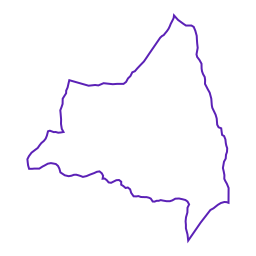 outline of Pitangueiras, São Paulo, Brazil
{"feature_id": "56859067B99989140869249", "entity_name": "Pitangueiras", "entity_type": "district", "adm_level": 2, "iso_a3": "BRA", "parent_name": "Brazil", "parent_adm1": "São Paulo", "projection": "equal_earth", "projection_center": [-48.264, -21.003], "detail": "fine", "context": "isolated", "style": "outline", "palette": "violet", "viewbox_px": 256, "rotation_deg": 0, "n_neighbors": 0, "source": "geoboundaries", "source_scale": "gbopen_adm2", "svg_char_len": 2333}
<svg xmlns="http://www.w3.org/2000/svg" viewBox="0 0 256 256"><path d="M27.4,159.2L27.7,162.2L28.1,165.4L29.1,168.8L32.1,168.8L34.2,168.6L39.3,168.6L42.6,166.5L44.4,165.6L47.8,163.7L50.9,163.1L53.2,163.5L55.8,164.0L58.0,165.9L59.4,168.7L60.4,172.4L64.8,175.3L68.7,176.2L71.5,175.7L73.9,174.8L76.1,174.7L78.4,175.3L80.6,176.0L82.9,176.9L86.5,176.1L90.0,174.6L94.1,173.1L96.9,171.8L99.5,171.4L101.8,173.3L103.1,175.8L102.6,178.7L104.6,178.5L106.8,180.2L108.6,182.4L111.1,182.8L113.9,181.4L116.3,180.2L119.0,180.0L121.2,181.7L121.2,184.7L123.3,186.0L125.6,188.0L127.8,187.5L130.1,189.3L131.2,192.9L133.6,196.3L136.3,196.4L138.4,196.1L141.0,197.0L144.0,197.1L146.5,197.1L148.9,197.7L150.8,198.6L152.7,201.5L154.6,201.6L156.6,200.8L158.7,200.8L160.7,200.1L163.1,200.6L166.6,201.2L169.9,201.2L172.3,200.4L175.3,198.7L179.0,198.5L182.3,199.2L185.4,200.0L187.5,201.5L189.1,204.4L187.5,207.7L187.4,212.5L186.0,217.3L185.6,221.4L185.9,224.8L185.9,228.3L187.5,234.4L188.2,240.6L200.7,222.5L210.4,210.0L213.5,208.3L215.5,206.7L217.9,204.8L220.9,203.0L224.3,202.0L226.4,202.1L228.5,202.8L228.6,188.0L226.9,183.8L225.3,181.0L224.3,178.8L224.4,175.1L223.7,171.4L222.9,168.0L224.0,161.7L225.7,158.6L226.0,154.7L227.0,151.9L227.2,148.2L226.3,145.6L225.8,143.1L225.4,139.4L224.1,136.1L222.1,134.9L221.6,131.4L221.2,128.3L218.6,127.3L217.2,124.7L216.7,118.5L215.6,114.7L212.3,107.8L211.8,105.2L211.3,98.7L209.7,92.7L207.8,89.3L205.0,83.9L205.1,79.9L204.7,77.0L203.0,74.0L202.0,71.2L201.6,68.5L201.5,63.7L199.4,59.9L197.2,57.0L196.5,54.4L197.7,47.8L197.2,43.6L196.9,39.5L196.7,35.8L195.3,30.7L193.7,26.9L191.4,25.5L185.9,25.5L183.5,23.9L178.0,19.9L174.0,15.4L173.6,18.2L172.0,21.4L170.7,23.9L169.8,26.2L168.6,28.7L166.9,31.2L165.3,33.1L163.7,35.1L161.9,36.1L160.2,37.7L149.2,53.7L147.0,57.0L143.9,61.5L140.6,64.9L137.2,68.5L134.9,71.2L132.3,72.3L130.4,76.1L128.0,78.4L126.1,81.9L123.5,83.9L120.3,83.9L116.7,83.9L112.8,84.2L103.6,83.2L98.4,85.4L95.1,85.0L88.6,85.7L69.3,80.2L68.5,83.5L67.6,87.5L66.2,90.6L66.1,93.3L64.6,95.6L62.7,98.7L62.6,103.9L61.6,106.9L60.3,110.3L60.6,113.4L61.1,119.5L61.0,123.9L61.8,128.9L63.5,132.0L60.6,132.5L58.2,132.7L55.7,132.0L53.7,132.1L49.9,130.7L48.0,131.3L46.9,135.6L45.7,138.6L43.9,140.9L41.3,143.1L39.5,145.4L37.7,148.0L35.4,149.7L31.5,152.7L28.9,156.2L27.4,159.2Z" fill="none" stroke="#5b21b6" stroke-width="2"/></svg>